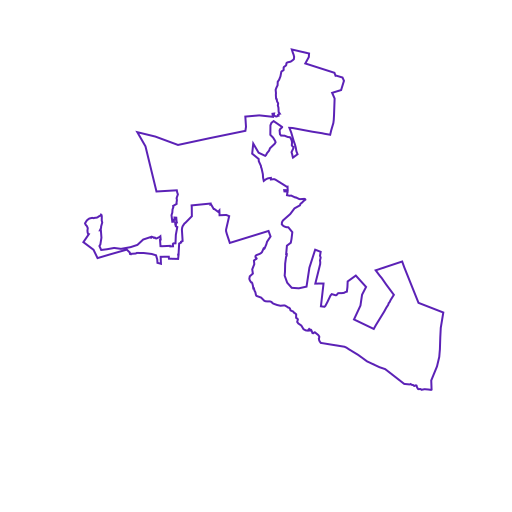 outline of Ocotlán de Morelos, Oaxaca, Mexico, rotated 251°
{"feature_id": "50627088B26863114972707", "entity_name": "Ocotlán de Morelos", "entity_type": "district", "adm_level": 2, "iso_a3": "MEX", "parent_name": "Mexico", "parent_adm1": "Oaxaca", "projection": "mercator", "projection_center": [-96.695, 16.785], "detail": "fine", "context": "isolated", "style": "outline", "palette": "violet", "viewbox_px": 512, "rotation_deg": 251, "n_neighbors": 0, "source": "geoboundaries", "source_scale": "gbopen_adm2", "svg_char_len": 6142}
<svg xmlns="http://www.w3.org/2000/svg" viewBox="0 0 512 512"><g transform="rotate(251 256 256)"><path d="M190.9,350.0L205.0,344.0L202.1,334.4L196.8,332.3L192.7,330.3L192.8,329.0L192.5,327.1L193.0,324.9L194.1,321.6L192.8,319.3L192.9,318.6L195.3,315.2L194.4,313.6L189.1,308.4L186.2,305.3L185.7,304.2L187.3,301.0L208.0,310.9L210.6,303.1L227.4,314.0L229.4,314.8L230.9,315.0L233.4,316.6L235.4,316.6L238.9,318.5L242.7,314.0L227.6,302.7L210.6,293.8L211.5,286.0L214.3,279.4L220.6,276.8L228.1,276.7L231.5,278.2L239.3,281.1L245.3,284.1L246.2,285.0L247.7,285.7L247.9,285.1L255.7,288.6L257.2,293.2L260.5,295.1L266.7,298.1L272.6,295.9L273.4,294.0L274.6,292.5L275.6,291.6L277.5,290.7L279.4,291.5L280.8,293.0L284.5,302.0L288.5,307.9L289.6,314.0L290.9,315.1L291.6,317.2L292.4,318.6L293.2,321.0L293.7,321.0L294.3,320.3L295.4,316.1L295.9,315.3L298.5,312.7L298.5,312.2L301.7,308.9L302.0,307.5L303.4,305.1L305.2,306.0L306.2,306.7L306.9,306.2L307.2,305.6L307.8,303.9L309.1,304.1L307.9,307.4L311.3,308.4L311.4,307.7L321.9,299.2L322.8,298.1L323.5,295.0L325.0,295.5L325.5,292.8L325.5,291.8L325.2,290.0L324.5,287.8L327.8,288.2L331.1,289.1L337.0,289.8L338.4,289.7L339.5,290.0L344.7,289.5L346.9,290.1L354.0,285.7L363.2,290.0L352.8,292.1L347.7,297.3L348.2,298.4L349.6,299.8L351.4,302.7L353.3,304.3L356.0,310.2L357.1,311.5L358.2,311.6L359.8,311.3L362.4,310.7L365.9,309.0L374.9,312.2L376.9,314.0L377.8,316.6L369.5,322.7L369.2,322.6L368.1,320.1L367.1,319.2L363.3,318.3L361.7,318.9L360.5,322.1L358.1,324.9L357.5,326.3L357.1,326.9L354.6,327.3L353.4,327.3L351.8,327.1L349.0,325.9L347.8,326.2L346.9,326.9L345.7,326.4L342.6,323.4L340.2,323.3L338.0,323.0L337.0,323.0L338.7,328.4L341.9,328.3L345.6,328.9L348.5,329.1L353.0,329.1L361.1,329.5L366.3,329.3L365.1,332.3L355.2,349.7L350.6,358.4L349.3,360.5L346.5,365.6L350.3,368.0L356.5,372.4L359.3,373.8L363.7,375.6L379.3,381.6L385.5,381.1L385.2,390.5L393.0,396.2L396.6,395.9L400.4,390.6L400.5,389.9L403.7,389.8L422.0,365.3L426.9,370.7L430.2,372.1L439.6,357.1L436.3,357.0L434.3,357.1L431.9,356.9L429.8,355.9L429.3,354.8L428.6,352.5L428.5,351.8L428.8,349.1L428.7,348.1L428.3,347.5L426.8,346.8L426.3,346.1L425.6,343.9L425.0,343.4L422.9,342.7L422.6,342.1L422.3,340.5L421.9,339.9L417.9,337.6L415.1,335.2L413.7,333.3L410.4,332.0L408.5,330.1L406.8,328.7L403.5,327.9L401.8,327.2L398.1,326.2L397.5,326.7L396.0,326.3L394.8,326.3L393.6,326.6L392.7,326.5L391.4,325.7L388.9,325.5L384.8,324.3L382.9,324.8L383.0,324.4L382.2,323.5L382.5,323.2L382.4,323.0L382.2,323.1L381.3,322.9L381.5,322.2L381.3,321.8L381.2,320.9L381.7,320.0L382.0,319.6L382.9,318.8L383.6,318.8L384.8,319.5L385.1,317.9L382.1,317.3L387.9,304.9L391.3,291.3L381.4,288.6L377.8,286.7L382.5,250.6L386.4,218.4L401.7,199.7L411.7,184.1L395.7,187.2L349.4,182.9L343.9,202.5L341.7,202.2L339.7,202.2L336.5,199.7L335.7,199.7L334.1,199.2L332.7,198.4L331.1,197.9L330.3,193.9L329.2,193.8L327.1,192.2L324.3,191.0L322.1,189.4L315.6,188.0L315.2,189.5L317.1,189.9L316.8,190.9L318.9,191.5L318.2,193.1L314.8,192.2L313.5,192.1L314.0,190.5L312.1,190.0L312.0,190.6L310.2,189.9L309.5,190.5L309.0,191.0L302.1,187.1L294.2,184.0L294.8,182.0L294.4,181.3L292.2,180.7L293.0,178.0L293.6,178.0L295.7,170.8L296.4,168.9L302.5,170.5L302.5,171.2L305.8,172.0L305.3,170.6L305.0,167.6L305.5,166.7L306.2,166.5L306.5,166.1L306.4,165.4L307.4,164.7L307.6,164.4L307.9,163.8L307.8,163.4L307.4,162.9L307.5,162.7L308.2,163.0L308.3,154.7L305.1,147.5L305.2,140.4L306.7,130.7L309.8,124.5L310.9,117.3L312.1,111.6L316.4,111.2L317.6,112.6L323.6,115.8L330.8,117.7L331.1,116.8L332.9,118.6L334.4,119.2L337.7,121.5L339.8,121.7L343.4,123.0L344.9,123.3L345.6,122.9L344.8,122.0L344.6,120.1L344.2,119.0L344.1,118.0L344.6,115.9L344.6,114.9L345.4,113.5L345.7,110.6L345.2,108.9L344.6,107.5L342.6,105.0L341.0,105.1L339.4,105.8L337.6,106.0L336.9,105.9L334.9,104.9L333.3,104.5L331.7,104.4L331.1,105.1L325.3,97.3L314.8,104.4L305.6,105.5L305.0,119.4L304.1,135.9L300.4,137.8L299.0,137.5L298.4,138.3L298.7,138.7L297.5,143.1L297.7,144.3L295.3,151.0L291.9,158.0L289.2,161.7L284.9,161.5L281.6,160.6L279.6,163.6L286.3,165.6L283.7,173.3L281.8,172.8L278.6,181.4L282.4,183.2L282.9,181.9L282.5,183.2L292.8,187.4L293.1,189.6L293.9,189.8L294.1,191.5L305.0,194.5L306.8,195.4L308.0,196.3L310.0,198.9L310.4,200.1L314.5,208.3L322.9,211.1L324.8,211.6L320.4,230.1L319.4,229.7L319.4,230.3L314.2,231.3L314.0,231.9L310.1,234.6L311.0,236.2L306.4,234.8L304.5,241.2L302.4,243.6L290.7,236.3L289.3,235.8L286.5,235.6L276.9,235.5L275.6,276.0L269.7,276.1L265.9,271.1L263.6,269.5L260.3,266.5L260.0,265.7L260.5,265.5L257.7,262.9L257.2,261.9L256.8,260.2L256.7,256.8L256.4,255.8L255.5,255.2L254.9,255.2L253.5,255.8L253.1,255.4L253.0,254.5L252.4,252.6L248.8,251.7L244.6,248.1L240.4,247.3L238.8,243.5L236.7,242.3L235.7,242.2L234.2,242.4L232.7,242.8L232.5,243.3L231.6,243.6L228.9,243.4L226.2,242.9L226.1,243.5L223.8,243.3L221.9,243.6L219.6,243.3L218.8,243.3L218.1,243.5L215.0,247.3L210.9,249.3L210.1,250.3L209.3,252.1L208.6,254.3L207.5,255.7L206.0,256.3L204.8,257.5L202.8,260.0L201.0,262.9L200.1,266.6L199.5,267.5L197.6,269.1L196.8,269.6L196.3,270.4L195.3,271.0L193.8,270.9L193.3,271.0L191.2,273.2L189.9,273.5L189.4,274.1L187.8,275.0L184.5,273.8L183.8,274.2L183.3,274.8L182.3,274.9L180.3,273.5L178.5,274.0L175.5,276.2L171.3,277.1L169.4,278.9L168.5,280.8L168.3,281.6L169.0,281.3L169.7,282.5L168.4,283.2L168.7,283.4L168.3,284.0L167.5,284.2L164.7,284.3L164.3,285.2L164.6,285.8L164.8,286.5L164.7,286.8L161.1,289.1L159.3,289.6L158.5,289.3L157.8,288.9L157.6,288.6L156.0,288.3L154.5,288.4L152.7,289.0L141.4,310.1L139.9,311.7L137.4,313.6L129.1,320.5L120.2,326.7L110.7,336.5L107.0,341.3L86.8,354.5L84.6,359.3L84.5,360.0L84.6,360.5L83.6,361.2L82.7,362.7L81.7,363.2L81.5,363.7L81.7,364.5L81.7,364.9L81.6,365.2L81.2,365.6L79.4,365.5L77.6,365.9L77.3,366.1L76.6,368.3L75.6,369.0L75.2,372.0L73.7,375.4L72.4,378.0L72.5,378.5L81.3,381.2L92.7,391.2L100.9,396.4L107.9,399.5L119.2,403.8L127.9,407.3L141.6,414.7L158.8,394.4L197.1,392.5L203.2,392.4L203.5,364.5L197.3,366.5L194.2,367.7L186.7,369.8L174.4,373.7L170.7,369.1L168.8,367.2L168.2,366.1L166.8,365.1L164.8,362.5L161.7,359.1L151.6,346.8L148.7,343.6L164.1,328.0L175.1,338.6L184.9,343.7L190.9,350.0Z" fill="none" stroke="#5b21b6" stroke-width="2"/></g></svg>